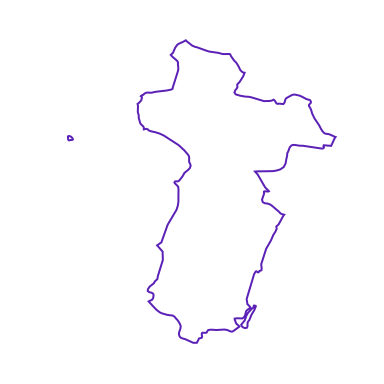 Jawa Tengah, Natural Earth projection, rotated 280°
{"feature_id": "IDN-1224", "entity_name": "Jawa Tengah", "entity_type": "Province", "adm_level": 1, "iso_a3": "IDN", "parent_name": "Indonesia", "parent_adm1": "", "projection": "natural_earth1", "projection_center": [110.164, -7.029], "detail": "fine", "context": "isolated", "style": "outline", "palette": "violet", "viewbox_px": 384, "rotation_deg": 280, "n_neighbors": 0, "source": "natural_earth", "source_scale": "10m", "svg_char_len": 4452}
<svg xmlns="http://www.w3.org/2000/svg" viewBox="0 0 384 384"><g transform="rotate(280 192 192)"><path d="M76.7,168.3L77.5,169.2L78.3,170.6L79.3,171.7L81.4,172.2L83.7,172.1L85.1,171.4L85.8,169.8L85.9,167.4L86.8,165.6L88.6,165.5L90.6,166.3L91.7,166.9L95.4,170.2L97.6,171.0L100.2,173.0L100.9,173.0L103.4,173.0L120.0,175.1L128.2,173.4L133.4,166.9L137.1,170.6L155.5,173.7L171.7,179.8L175.9,180.4L180.0,180.3L192.4,178.2L194.7,177.5L195.7,176.4L196.1,175.8L197.7,173.5L198.4,173.0L199.4,173.4L199.8,174.5L199.9,175.7L200.3,176.8L201.7,177.8L206.1,180.1L209.4,181.2L213.3,184.5L215.3,185.8L217.7,186.1L219.4,185.3L220.9,184.1L222.8,183.6L224.8,183.4L226.4,182.9L227.7,182.0L231.6,177.3L235.8,170.8L242.7,154.5L244.0,149.6L244.5,145.4L244.7,140.9L245.1,138.8L246.0,137.6L246.3,136.2L245.3,133.7L247.2,133.3L248.2,132.5L249.8,130.0L250.9,129.0L255.7,126.7L258.3,126.2L259.2,125.8L260.7,125.0L261.5,124.7L267.3,123.9L269.3,123.1L270.2,124.0L272.9,125.8L273.9,126.2L275.7,126.3L276.7,126.2L277.1,125.8L277.5,125.0L278.3,125.6L279.0,126.6L279.1,127.0L280.4,127.9L281.4,129.0L282.1,130.4L282.7,134.8L284.3,138.6L287.8,150.2L289.5,154.2L290.2,154.9L290.8,155.0L291.4,154.9L309.0,157.2L311.2,157.1L315.2,156.0L317.2,155.7L318.6,154.6L321.8,149.2L323.3,147.3L325.8,149.1L331.2,150.4L334.4,151.9L335.5,153.0L338.6,157.5L340.3,159.5L339.9,159.9L336.2,166.8L335.5,169.6L335.4,171.7L333.7,181.5L333.3,184.5L333.6,193.9L333.2,197.8L333.3,199.1L334.2,203.7L334.4,204.9L334.2,205.7L332.6,206.8L328.7,210.7L327.3,212.8L325.9,214.2L323.3,216.4L321.3,217.8L320.5,218.4L320.1,218.9L319.6,219.6L318.8,220.9L318.6,221.7L318.6,223.1L314.8,222.3L308.9,219.9L307.4,219.0L306.2,218.1L305.5,217.9L304.7,218.0L303.9,218.4L302.8,218.4L301.5,218.0L299.8,217.0L297.3,216.5L295.7,218.2L295.2,222.8L295.2,227.9L295.6,231.2L295.6,233.4L294.0,247.1L295.2,252.9L296.0,254.9L297.1,256.3L296.5,257.5L294.1,259.6L293.7,260.5L293.7,261.2L294.0,261.9L294.2,262.8L294.3,264.8L294.5,266.7L296.1,267.6L299.4,267.9L300.5,268.4L301.5,269.4L304.0,272.5L305.0,273.9L305.6,275.2L305.8,276.7L305.6,281.0L305.0,283.6L303.4,288.4L303.0,292.2L302.3,292.9L301.4,293.5L300.4,293.5L299.6,293.0L298.7,292.4L298.0,292.1L297.0,292.3L294.7,294.3L293.1,295.3L290.5,296.5L285.8,299.8L279.8,305.6L276.4,308.2L274.5,309.9L273.1,311.8L272.7,312.8L272.6,313.7L272.7,316.2L272.7,317.0L272.6,317.6L271.2,323.0L271.1,323.8L269.8,323.2L262.0,321.1L261.6,321.0L260.9,313.6L260.4,313.5L259.8,313.5L259.1,314.1L258.5,314.2L257.7,313.5L257.3,312.3L256.8,293.1L256.3,290.1L256.2,285.0L256.0,283.8L255.7,282.8L254.9,281.7L253.0,280.5L248.5,279.7L246.9,279.1L243.6,279.4L241.6,279.2L236.4,279.2L232.5,278.0L229.6,275.0L228.1,272.2L226.6,268.1L223.4,251.4L223.1,250.5L220.6,253.7L210.1,262.5L208.8,263.8L206.9,266.6L206.1,267.6L205.8,267.2L205.6,266.3L205.3,263.4L204.9,262.8L204.4,262.8L203.8,263.1L203.2,263.2L202.4,263.2L196.6,262.3L194.5,263.3L193.9,264.4L193.6,265.7L193.7,268.5L193.4,270.7L192.6,272.7L187.7,281.0L186.2,283.0L185.9,284.0L185.6,286.7L184.8,286.2L175.1,282.9L172.6,281.0L170.5,281.8L167.1,280.9L163.7,279.5L158.1,278.2L149.0,274.9L132.8,272.7L129.1,273.8L127.1,274.0L126.3,273.0L126.0,272.2L125.5,271.9L124.8,271.7L124.3,271.1L124.4,270.5L125.1,269.3L125.0,268.8L124.4,268.4L121.7,267.4L105.4,265.5L96.0,264.4L91.1,266.1L89.8,268.1L88.7,269.4L88.1,269.5L85.2,266.7L84.2,266.1L83.1,265.9L80.9,265.8L79.0,265.5L77.4,264.7L76.2,263.5L75.5,258.4L74.7,256.0L73.3,256.4L72.7,256.9L70.3,258.2L69.7,259.0L68.4,261.3L67.6,262.0L62.2,256.8L61.7,256.2L61.4,255.4L61.4,253.8L61.7,252.7L62.2,250.9L62.2,249.6L62.2,247.9L60.3,239.9L59.8,235.2L59.4,233.5L59.1,232.6L58.7,231.8L57.6,231.3L56.6,231.0L55.9,230.6L55.4,228.2L55.2,226.7L54.6,226.3L53.5,226.3L51.2,227.1L50.2,226.9L49.7,226.1L49.0,224.4L46.7,223.7L44.3,222.9L43.7,219.5L45.9,210.9L46.1,208.5L46.4,206.8L47.1,205.4L48.3,204.4L50.0,203.8L51.7,203.7L55.3,204.3L57.8,204.2L58.9,203.7L59.8,203.1L62.3,201.1L63.6,199.6L64.8,198.0L65.9,196.8L66.6,195.5L67.0,194.0L66.8,192.0L66.7,188.8L67.3,183.4L67.7,181.6L69.9,177.3L76.5,168.5L76.7,168.3ZM88.5,272.3L89.0,272.7L90.8,272.6L91.1,273.4L90.8,274.6L90.1,274.7L89.2,274.4L86.6,273.9L81.5,271.9L75.9,270.7L74.6,270.0L73.2,269.4L69.2,270.0L67.8,269.6L67.2,268.0L67.5,266.0L68.4,264.4L69.8,263.5L74.7,266.2L79.6,267.0L82.7,268.1L87.8,271.4L88.5,272.3ZM222.5,60.8L225.2,60.2L225.8,61.0L225.6,63.0L224.3,64.9L223.1,65.6L222.4,64.8L222.1,63.4L221.6,62.3L221.5,61.5L222.5,60.8Z" fill="none" stroke="#5b21b6" stroke-width="2"/></g></svg>